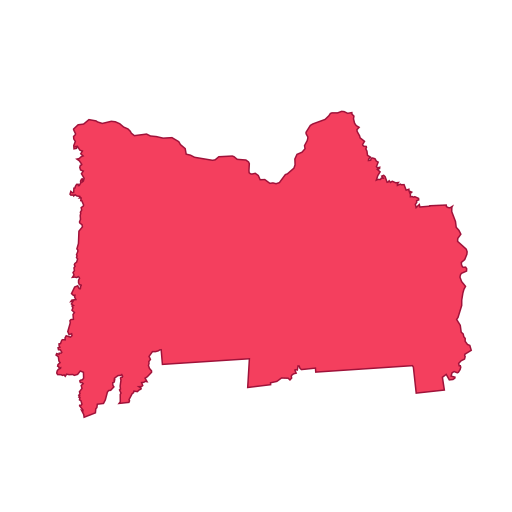 Puerto Quito, Pichincha, Ecuador (orthographic projection), rotated 84°
{"feature_id": "8360857B71791990485840", "entity_name": "Puerto Quito", "entity_type": "district", "adm_level": 2, "iso_a3": "ECU", "parent_name": "Ecuador", "parent_adm1": "Pichincha", "projection": "orthographic", "projection_center": [-79.239, 0.156], "detail": "fine", "context": "isolated", "style": "filled", "palette": "rose", "viewbox_px": 512, "rotation_deg": 84, "n_neighbors": 0, "source": "geoboundaries", "source_scale": "gbopen_adm2", "svg_char_len": 6083}
<svg xmlns="http://www.w3.org/2000/svg" viewBox="0 0 512 512"><g transform="rotate(84 256 256)"><path d="M197.4,426.6L201.2,426.7L203.7,428.0L204.7,427.8L206.8,425.7L208.9,425.6L212.8,429.5L225.1,431.3L230.2,433.4L231.3,432.6L232.8,432.7L236.0,434.4L237.1,433.9L238.8,434.7L240.3,433.7L243.4,435.1L244.5,436.9L245.7,437.6L247.3,437.0L248.8,438.3L251.6,438.1L253.3,439.7L255.8,439.0L258.0,440.8L258.0,438.5L258.7,436.5L257.9,434.9L258.9,434.0L259.8,433.8L261.5,435.0L264.0,435.3L266.2,434.6L266.4,433.1L267.1,432.9L268.3,433.9L269.4,433.8L270.3,434.5L269.9,435.3L267.0,436.5L267.9,439.6L274.1,443.4L276.1,441.7L276.1,440.2L277.8,440.7L280.5,439.7L280.6,443.7L281.9,444.9L281.7,442.6L284.4,444.6L286.2,442.7L286.6,444.2L288.4,443.5L290.7,444.7L293.3,442.5L295.0,444.1L299.9,444.2L299.9,446.7L300.9,447.8L303.1,447.7L311.5,451.1L314.7,450.1L314.0,447.5L316.0,447.3L317.3,449.0L315.5,453.1L317.5,454.5L319.4,454.5L319.0,457.1L319.5,458.0L322.7,459.6L322.8,461.1L324.8,461.2L326.2,460.6L326.6,462.5L328.6,462.2L328.9,460.3L331.5,459.2L332.2,460.0L332.1,461.9L333.2,462.2L332.2,464.4L333.6,465.2L335.5,463.1L339.8,463.0L341.6,462.0L343.3,464.3L344.9,464.8L345.4,463.9L346.9,463.4L346.7,462.0L347.3,462.2L348.1,464.5L349.6,465.8L351.6,466.4L353.2,465.7L353.7,462.1L354.5,461.0L354.2,459.3L355.7,458.3L353.7,456.7L354.5,454.3L354.7,450.6L355.7,449.2L355.1,445.8L352.0,442.8L353.6,439.8L359.4,440.2L360.9,441.5L361.2,443.6L361.8,444.3L363.5,443.9L363.9,442.0L364.9,441.2L366.5,443.4L369.5,442.9L372.6,445.8L374.4,445.4L376.0,446.8L376.6,446.0L377.8,446.9L378.3,445.9L380.6,446.6L381.7,445.2L385.2,444.6L386.2,445.5L386.0,446.9L386.5,447.1L391.1,444.2L392.2,444.5L391.5,445.5L395.6,443.9L398.4,443.8L395.2,432.1L391.2,431.3L390.1,430.1L386.8,429.3L386.7,423.1L383.4,420.9L375.8,418.0L374.4,416.6L374.4,414.6L371.3,411.0L369.6,411.9L367.0,411.7L366.6,410.3L365.5,409.8L364.6,410.1L364.3,409.4L362.8,409.6L360.5,405.8L360.5,402.9L359.9,401.9L361.6,401.2L362.6,401.7L362.5,402.8L363.3,403.5L365.4,403.3L371.1,404.7L374.2,404.7L374.9,405.7L378.2,404.6L379.5,405.5L386.8,406.2L388.3,407.6L388.3,397.7L386.8,396.9L385.6,397.3L379.9,393.5L379.2,392.1L377.6,391.5L378.5,388.2L376.8,385.9L376.5,384.5L375.6,384.1L373.7,386.2L373.9,383.6L373.0,382.2L369.9,383.0L369.9,380.8L369.1,379.4L369.6,377.5L365.9,379.1L364.7,376.7L360.7,372.0L359.3,371.9L356.7,373.7L353.7,374.4L351.5,373.6L349.9,373.7L347.8,371.8L344.7,372.9L340.3,369.0L340.6,365.9L340.1,363.0L339.3,361.6L339.3,360.1L354.0,360.4L357.5,273.3L385.9,278.0L385.5,254.9L383.6,254.8L382.9,248.4L380.0,243.4L380.9,236.8L382.8,235.2L381.1,233.3L379.3,233.5L378.3,232.9L377.1,230.9L376.7,228.3L373.5,229.3L373.2,228.5L373.7,226.8L369.7,225.7L369.9,224.6L372.3,224.0L373.7,222.7L373.7,208.6L377.7,208.7L381.4,111.9L383.0,111.1L409.1,111.0L409.0,82.7L396.1,83.3L393.6,79.2L399.4,76.7L399.4,73.0L398.2,71.0L397.3,70.8L395.8,74.5L392.7,73.3L391.6,71.1L393.2,68.0L392.8,66.9L390.3,64.9L388.0,64.0L386.5,64.3L386.4,65.4L384.0,65.7L381.6,62.9L380.3,59.4L377.9,58.5L376.9,58.9L375.5,58.5L372.3,51.8L367.3,52.7L366.1,54.9L362.7,56.9L359.8,56.6L358.0,57.8L355.2,58.1L353.2,59.9L346.3,60.1L340.1,63.1L338.2,61.5L326.7,56.6L321.3,56.0L314.4,54.1L310.9,52.7L308.1,50.8L302.9,54.2L298.3,55.4L295.8,54.5L294.7,53.4L293.0,48.2L290.7,47.8L289.0,48.7L288.9,51.1L288.3,51.8L286.4,52.5L283.9,52.5L281.4,48.8L276.3,46.1L273.9,45.6L271.2,46.2L262.5,54.0L259.6,53.5L255.7,50.0L251.7,51.5L248.4,53.9L242.6,54.0L232.3,56.7L228.2,56.2L227.2,55.6L228.4,58.1L227.8,60.1L226.8,61.4L225.2,61.5L224.2,77.9L224.6,78.0L224.4,87.9L221.9,88.2L224.6,91.7L221.2,92.1L219.6,90.6L217.8,90.5L217.2,88.3L215.7,88.3L213.6,91.9L214.0,93.1L213.2,94.4L213.2,96.3L211.1,96.0L209.2,96.5L209.3,94.8L208.8,94.4L207.3,97.1L205.6,97.0L206.2,99.8L200.5,101.3L200.3,104.0L199.6,105.0L200.6,108.0L199.3,107.9L197.8,106.7L197.8,109.4L195.9,112.7L196.9,114.6L195.1,115.7L196.3,117.0L196.4,117.9L190.6,119.3L189.1,120.6L189.7,122.6L191.9,121.4L191.6,123.2L192.9,124.2L192.6,126.8L193.1,128.4L188.8,126.5L185.3,123.8L182.5,126.3L182.0,124.0L180.7,123.7L181.0,125.9L179.8,126.9L175.4,124.7L174.2,126.4L171.7,127.5L170.7,129.9L170.7,131.1L172.8,132.0L172.8,134.2L171.3,133.8L169.5,132.0L167.5,134.6L163.3,134.7L161.0,135.6L159.6,134.8L158.6,134.9L158.1,137.3L157.1,138.2L156.2,138.3L153.3,136.1L149.4,140.1L147.4,140.4L142.7,142.4L140.9,142.4L138.8,140.0L136.8,142.7L134.2,144.1L129.8,144.7L127.1,144.0L125.0,145.7L123.4,145.7L123.7,149.9L121.6,153.3L121.1,155.7L122.2,159.9L121.6,165.5L122.0,167.1L124.1,168.8L127.4,173.0L130.6,185.7L131.8,188.3L138.2,193.3L139.7,193.4L143.0,192.0L144.4,192.2L146.6,193.0L151.3,196.2L154.4,196.0L157.6,199.4L159.2,204.6L163.6,207.2L169.4,207.6L172.6,209.1L177.6,216.2L178.1,218.3L185.5,225.1L186.2,228.5L185.1,231.5L185.2,234.6L180.9,239.3L180.6,243.9L176.2,245.3L173.7,248.1L174.1,251.6L173.6,253.0L172.5,254.1L170.4,254.1L163.5,253.0L161.7,253.6L159.5,256.0L157.9,264.6L154.9,267.5L154.1,269.2L153.4,282.6L156.1,286.6L156.3,289.2L151.4,306.8L148.9,310.6L147.4,314.8L141.8,315.2L137.3,319.5L134.2,320.9L129.5,327.2L129.1,336.0L126.8,342.7L125.6,348.5L123.3,352.1L123.6,364.4L120.8,367.2L118.8,368.0L116.3,370.0L113.9,374.2L110.2,377.7L107.8,381.9L106.9,385.8L108.1,395.0L106.1,399.6L104.9,401.0L102.9,407.9L106.8,413.7L106.9,419.2L110.6,424.1L111.3,424.2L115.6,422.7L116.6,423.1L118.0,424.9L120.5,425.0L123.2,423.7L127.1,425.7L130.4,425.8L130.2,423.3L129.0,423.0L128.3,423.7L128.2,422.2L132.4,420.0L133.5,417.7L136.0,419.6L138.4,417.5L139.0,419.5L140.6,421.7L140.9,424.0L142.8,421.8L146.6,419.7L147.2,420.0L147.5,421.2L149.5,422.0L152.1,421.5L153.5,418.9L155.9,421.0L160.7,418.8L163.5,419.9L164.1,420.9L161.4,420.2L161.0,420.8L161.5,421.6L163.2,422.7L164.8,422.6L167.4,424.4L167.5,425.3L166.1,425.4L166.0,426.9L167.9,428.4L169.4,428.9L169.5,430.0L173.8,430.7L173.8,432.1L172.4,433.4L175.1,434.5L176.1,433.8L176.4,431.2L177.2,431.0L176.2,429.5L177.6,427.8L178.3,425.0L179.2,424.7L179.8,425.5L180.1,423.8L182.6,424.5L182.8,423.5L187.3,422.1L188.3,422.6L189.6,424.8L192.2,424.6L194.1,426.1L195.0,425.8L197.4,426.6Z" fill="#f43f5e" stroke="#9f1239" stroke-width="1.5"/></g></svg>